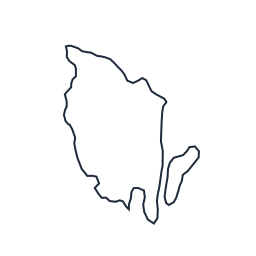 the district of Östhammar, Uppsala, Sweden, rotated 69°
{"feature_id": "70781695B19211904151309", "entity_name": "Östhammar", "entity_type": "district", "adm_level": 2, "iso_a3": "SWE", "parent_name": "Sweden", "parent_adm1": "Uppsala", "projection": "equal_earth", "projection_center": [18.222, 60.283], "detail": "fine", "context": "isolated", "style": "outline", "palette": "slate", "viewbox_px": 256, "rotation_deg": 69, "n_neighbors": 0, "source": "geoboundaries", "source_scale": "gbopen_adm2", "svg_char_len": 1485}
<svg xmlns="http://www.w3.org/2000/svg" viewBox="0 0 256 256"><g transform="rotate(69 128 128)"><path d="M29.6,156.8L34.3,157.4L39.9,159.7L44.6,158.7L50.3,155.1L54.1,155.4L61.0,158.1L62.7,162.2L66.1,165.0L69.6,166.5L72.1,171.6L73.9,174.9L81.2,175.7L85.9,177.5L88.9,180.5L92.8,183.1L98.8,183.8L102.7,182.6L104.0,181.3L109.6,180.5L118.2,180.8L122.9,183.6L129.0,184.8L138.0,185.9L149.6,185.9L158.2,183.1L159.9,178.2L162.1,174.9L169.4,174.9L172.1,180.6L179.4,179.0L183.8,177.5L185.2,173.4L189.6,171.3L192.4,166.1L192.6,161.6L194.6,159.1L200.9,157.8L204.2,156.4L201.9,155.5L199.2,154.2L194.7,150.5L189.3,147.9L186.2,144.4L187.5,140.2L192.0,135.5L198.7,137.1L205.0,141.3L212.1,142.9L220.6,142.3L226.4,138.1L222.8,132.9L214.8,129.4L206.3,127.1L200.9,124.2L193.7,119.5L180.3,112.2L175.8,109.3L162.0,103.8L152.2,102.0L144.1,98.6L134.3,94.4L125.8,90.5L120.4,87.4L117.8,83.2L117.4,82.8L113.5,83.7L109.3,87.4L106.3,89.9L102.0,92.9L89.9,93.9L86.5,96.7L87.4,101.2L87.8,107.2L83.5,111.7L76.6,112.2L71.9,113.5L67.6,115.5L62.4,117.5L57.3,120.0L53.8,124.0L51.6,127.3L49.5,131.1L44.3,135.6L43.0,138.2L40.0,143.2L35.7,146.0L30.9,151.6L30.0,153.8L29.6,156.8ZM214.5,117.5L213.6,111.7L210.5,108.1L204.4,103.3L200.1,100.2L197.0,96.9L191.4,93.6L189.6,87.6L188.3,85.3L184.4,78.7L180.9,72.7L175.2,70.1L169.2,72.1L167.9,77.5L170.5,81.0L173.1,86.3L172.2,95.9L175.3,101.2L180.5,105.3L187.9,108.6L194.0,112.2L199.2,115.2L205.3,118.5L211.8,119.3L214.5,117.5Z" fill="none" stroke="#1e293b" stroke-width="2"/></g></svg>